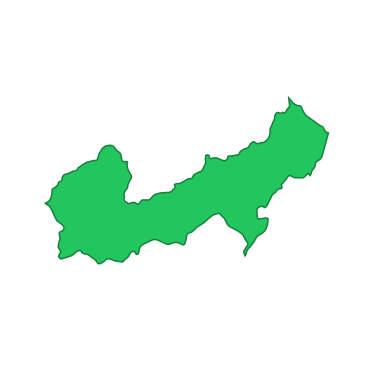 an SVG outline of Mae Hong Son, rotated 242°
{"feature_id": "THA-374", "entity_name": "Mae Hong Son", "entity_type": "Province", "adm_level": 1, "iso_a3": "THA", "parent_name": "Thailand", "parent_adm1": "", "projection": "albers", "projection_center": [98.108, 18.681], "detail": "fine", "context": "isolated", "style": "filled", "palette": "green", "viewbox_px": 384, "rotation_deg": 242, "n_neighbors": 0, "source": "natural_earth", "source_scale": "10m", "svg_char_len": 6083}
<svg xmlns="http://www.w3.org/2000/svg" viewBox="0 0 384 384"><g transform="rotate(242 192 192)"><path d="M197.5,43.8L199.3,45.6L200.8,47.8L202.4,48.3L205.6,47.8L208.2,49.3L213.1,53.8L217.3,55.1L218.2,55.6L218.8,56.9L218.6,59.6L219.0,61.0L221.2,62.6L224.4,61.9L229.9,59.3L234.9,59.2L240.7,59.7L246.3,59.5L250.6,57.2L251.0,57.2L250.8,58.7L251.2,61.4L251.6,62.6L252.6,64.1L253.7,65.3L254.1,65.6L255.4,66.8L256.4,67.6L259.4,69.4L260.0,70.0L260.1,70.4L260.4,73.7L260.6,74.7L261.2,76.5L261.4,76.9L261.6,77.2L262.6,78.1L262.9,78.4L263.1,78.7L263.2,79.2L263.2,81.9L263.3,82.4L263.6,82.8L263.9,83.1L264.7,83.5L265.4,83.9L266.3,84.9L266.7,85.6L267.1,86.5L267.2,87.0L267.2,87.7L267.1,88.6L266.5,90.7L266.3,92.3L266.2,94.7L266.3,95.8L266.3,96.8L266.1,97.4L265.6,98.1L265.4,98.8L265.3,99.5L265.6,100.9L265.9,101.5L266.2,102.0L266.5,102.3L266.8,102.7L266.9,103.3L267.0,104.0L267.0,105.3L267.2,106.7L267.5,107.6L267.6,108.7L267.6,111.1L267.7,112.4L267.5,113.6L266.1,119.4L265.0,122.1L264.9,122.6L264.9,123.1L265.3,123.9L265.9,124.7L268.5,127.0L269.4,127.9L272.5,133.2L272.6,133.6L273.2,136.7L272.7,139.0L271.9,141.2L271.4,142.1L270.9,142.7L269.2,144.0L268.4,144.3L268.0,144.5L266.9,144.7L264.8,144.8L264.3,144.9L263.1,145.4L261.5,146.3L261.1,146.4L259.6,146.8L259.1,146.8L258.1,146.6L254.4,145.4L252.9,145.1L252.3,145.1L251.9,145.2L251.5,145.3L251.2,145.6L250.9,145.9L249.6,148.6L249.1,149.0L248.7,149.1L248.3,148.8L247.0,147.8L245.8,147.1L244.0,146.5L242.0,146.1L239.8,145.9L235.9,146.1L234.9,146.0L234.4,145.9L233.6,145.5L233.3,145.2L232.6,144.6L232.4,144.3L231.8,143.1L231.3,142.4L229.9,140.8L229.5,140.0L228.9,139.3L228.3,138.7L226.6,137.5L226.0,136.9L225.7,136.5L224.5,133.6L222.5,131.4L221.8,130.8L221.4,130.6L221.0,130.5L219.9,130.3L219.5,130.1L219.1,129.9L218.8,129.6L218.3,128.9L218.0,128.7L217.6,128.5L217.1,128.4L215.4,128.4L214.9,128.5L214.1,128.9L213.2,129.8L212.9,130.0L211.9,130.2L211.5,130.4L211.2,131.0L210.8,133.6L210.4,135.2L210.1,135.7L209.8,136.1L209.2,136.7L207.6,137.8L206.9,138.4L206.6,138.7L206.5,139.1L206.5,139.7L208.2,143.5L208.2,144.0L208.2,144.6L205.4,149.8L205.2,150.5L205.2,151.1L205.4,152.0L206.6,155.2L207.0,156.6L207.1,157.3L207.1,158.1L206.8,160.5L205.7,164.4L202.1,172.4L202.2,173.3L202.4,174.6L203.6,178.6L204.0,179.4L204.4,179.7L204.8,179.8L205.7,179.6L206.2,179.7L206.6,179.9L206.8,180.4L206.8,181.0L206.6,182.2L206.1,183.3L205.9,183.7L205.4,185.1L205.3,186.1L205.2,187.3L205.3,188.9L205.2,189.4L205.2,191.4L205.5,193.5L205.5,194.6L205.4,195.3L205.1,195.7L204.6,196.4L204.3,196.8L204.2,197.2L204.2,197.8L204.4,198.6L205.0,199.7L206.0,201.1L206.2,201.8L206.4,202.9L206.4,207.4L206.2,208.4L205.9,209.3L205.9,209.9L206.1,210.6L208.0,213.5L211.4,217.8L211.8,218.1L212.6,218.5L213.6,218.7L214.4,219.1L214.8,219.3L216.2,220.3L217.0,220.7L217.7,221.2L217.8,221.7L217.8,222.2L217.5,223.1L217.0,223.5L216.6,223.9L216.1,224.0L215.6,224.1L215.1,224.0L214.7,223.9L213.9,223.5L213.5,223.5L213.2,223.7L212.9,224.0L212.6,224.3L212.3,225.2L212.0,226.7L211.7,227.6L210.9,229.2L210.3,229.9L205.1,234.3L204.6,235.0L204.3,235.3L204.2,235.8L204.2,236.9L204.3,237.5L204.5,238.3L204.7,238.9L205.3,239.5L206.3,240.1L206.5,240.5L206.6,241.0L206.3,241.8L205.5,243.2L204.9,244.9L203.2,250.5L203.2,251.0L203.5,251.7L204.6,252.8L205.0,253.5L205.2,254.4L205.4,256.1L205.4,259.1L205.3,259.6L204.8,261.6L205.0,262.4L205.4,263.5L207.0,266.0L207.3,266.8L207.5,267.5L207.6,268.9L207.5,269.7L207.3,270.2L206.9,270.5L205.7,271.1L204.9,271.5L204.6,271.8L204.1,272.5L203.6,273.2L203.5,273.7L202.9,276.7L202.7,277.1L202.3,277.9L202.1,278.4L202.1,279.0L202.1,279.7L202.6,282.0L203.4,284.4L203.9,285.2L204.5,285.9L207.0,288.3L210.8,290.5L211.2,290.8L214.3,294.8L215.0,295.4L217.6,298.9L218.5,299.7L219.2,300.2L219.7,300.3L220.1,300.6L220.6,301.1L221.2,301.8L221.7,302.7L222.1,303.5L222.1,304.7L221.9,305.2L221.6,305.6L221.2,305.9L220.3,306.6L220.0,307.0L219.8,307.5L219.7,308.2L219.9,309.3L219.6,309.7L219.2,310.0L218.7,310.1L218.4,310.4L218.2,310.8L218.3,311.5L218.8,312.5L220.1,314.4L220.9,316.2L220.9,317.3L222.5,318.7L229.6,321.6L222.9,323.1L222.2,323.4L221.4,323.8L220.1,324.7L218.9,325.7L217.6,327.5L217.0,328.1L216.5,328.3L215.9,328.5L212.3,328.1L207.7,328.2L206.6,328.5L204.8,329.2L191.2,335.9L189.3,337.2L189.0,337.6L187.5,338.1L182.1,338.3L180.1,340.2L162.7,323.8L161.5,322.2L160.7,320.4L160.5,318.7L160.5,317.2L160.3,315.8L159.2,314.5L156.2,311.9L155.5,310.4L154.9,308.6L153.6,307.0L152.1,305.7L151.1,303.9L154.0,303.5L152.3,297.3L153.1,295.3L156.6,289.1L160.1,286.7L160.5,286.4L160.9,285.7L160.6,284.1L160.0,282.6L159.6,281.9L159.1,281.2L157.3,276.8L156.9,275.2L156.7,274.6L155.0,273.8L154.4,273.4L153.9,273.6L153.4,273.5L153.2,272.4L153.4,271.7L153.9,270.4L154.0,269.7L153.8,268.2L152.6,265.8L152.3,264.3L152.3,263.1L152.2,262.4L151.7,261.5L145.3,252.5L144.0,249.8L144.3,248.5L146.2,247.7L147.1,245.6L147.2,243.2L146.4,241.3L144.8,240.3L138.5,237.7L137.1,238.1L136.8,238.3L134.5,244.7L133.9,245.7L132.8,246.6L130.2,245.1L127.5,243.1L125.1,240.5L123.3,237.6L122.6,234.3L122.6,231.3L122.2,228.4L119.0,223.4L116.2,217.4L115.7,215.4L114.3,212.9L111.6,210.4L110.8,208.9L114.4,209.4L115.5,210.1L118.0,214.2L118.4,215.3L118.9,216.2L120.3,217.1L121.6,217.3L124.7,216.7L130.5,216.9L135.4,214.6L144.1,208.8L146.5,208.0L153.1,208.2L159.0,206.5L159.6,206.7L160.0,206.5L160.8,205.0L161.8,199.7L160.9,194.3L159.5,189.1L158.9,184.2L158.8,181.2L158.4,178.9L156.9,174.0L156.8,172.9L157.3,169.5L156.8,167.8L155.5,166.4L152.5,164.1L149.7,161.3L149.2,159.8L150.4,158.5L153.1,156.6L154.8,154.7L155.7,152.7L156.5,147.6L157.9,145.1L165.6,139.2L167.4,137.1L168.2,135.3L168.8,125.0L168.5,122.6L167.6,120.1L166.5,118.9L163.2,116.2L162.5,115.0L163.0,113.6L164.1,113.4L165.5,113.5L166.7,113.0L167.7,110.4L166.6,108.1L164.8,105.7L164.1,102.5L163.9,101.2L162.9,98.7L162.9,97.7L167.0,92.0L171.1,88.4L172.2,87.0L173.0,85.0L172.9,84.3L172.5,83.7L172.1,82.0L171.8,79.4L171.9,77.0L173.0,75.4L177.6,74.7L185.4,70.8L186.4,69.9L188.2,67.7L189.3,66.7L190.6,66.3L191.8,66.3L192.8,66.0L193.5,64.3L193.5,62.0L192.5,57.2L192.4,54.8L194.0,46.2L194.8,44.4L197.5,43.8Z" fill="#22c55e" stroke="#15803d" stroke-width="1.5"/></g></svg>